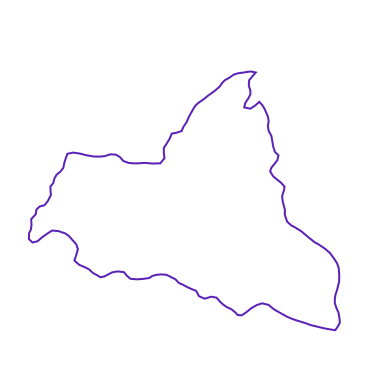 Leme do Prado, Minas Gerais, Brazil (orthographic projection), rotated 275°
{"feature_id": "56859067B57249042092490", "entity_name": "Leme do Prado", "entity_type": "district", "adm_level": 2, "iso_a3": "BRA", "parent_name": "Brazil", "parent_adm1": "Minas Gerais", "projection": "orthographic", "projection_center": [-42.742, -17.063], "detail": "fine", "context": "isolated", "style": "outline", "palette": "violet", "viewbox_px": 384, "rotation_deg": 275, "n_neighbors": 0, "source": "geoboundaries", "source_scale": "gbopen_adm2", "svg_char_len": 2517}
<svg xmlns="http://www.w3.org/2000/svg" viewBox="0 0 384 384"><g transform="rotate(275 192 192)"><path d="M103.0,134.3L100.2,138.2L100.2,144.8L101.2,151.0L102.6,157.0L105.0,159.9L106.4,163.9L107.2,168.2L107.3,173.8L105.0,179.6L103.6,183.1L100.3,186.8L98.6,191.6L97.0,195.3L95.3,199.9L93.9,204.7L88.8,208.1L86.8,214.0L89.4,220.2L88.9,225.6L85.0,229.7L82.5,233.0L80.6,236.3L78.5,241.7L75.9,245.5L73.4,248.3L73.5,252.3L77.1,256.8L81.1,260.8L85.0,266.3L87.2,271.6L86.2,278.2L83.2,282.4L81.3,285.9L79.7,289.4L77.9,293.4L75.9,297.9L74.5,302.2L73.4,306.5L72.4,311.1L71.1,317.1L69.8,321.7L69.2,325.8L68.4,330.8L67.7,335.6L67.2,341.1L66.8,346.7L70.0,348.6L74.7,350.7L79.6,349.8L84.7,348.4L89.2,345.9L93.9,343.9L99.1,343.6L102.8,344.0L106.4,344.9L111.2,345.7L115.5,346.4L122.3,345.9L129.0,344.8L133.5,342.8L137.8,339.5L142.9,335.1L146.8,329.9L148.9,326.2L151.1,322.2L152.6,318.6L154.7,315.5L156.9,312.1L159.8,308.0L162.2,304.6L164.0,301.2L165.8,297.6L167.4,293.7L170.7,289.4L177.2,286.5L182.2,286.1L186.1,284.8L190.1,283.3L195.7,282.1L201.8,283.5L205.4,283.7L209.1,279.8L211.9,275.5L214.9,271.3L219.4,268.0L223.4,269.1L226.5,271.3L231.1,274.2L236.1,274.9L239.2,271.1L244.7,268.8L249.5,267.6L254.8,266.2L259.6,263.0L264.4,261.8L269.3,262.2L273.3,261.2L277.0,259.3L281.1,257.1L284.5,254.6L287.7,251.2L283.9,247.7L280.1,242.9L280.8,236.7L285.1,237.2L290.1,239.9L294.4,241.7L298.0,241.3L303.0,239.3L308.3,239.2L312.6,242.1L316.6,245.1L317.2,240.4L316.5,236.7L315.5,232.9L314.4,227.9L312.8,223.7L309.1,219.2L306.1,214.8L303.0,212.4L299.4,210.3L295.2,206.3L291.9,202.6L289.5,199.7L285.3,195.4L282.0,191.4L279.4,188.7L276.1,186.6L271.9,184.7L266.0,182.1L261.2,180.6L256.6,178.0L251.8,176.3L249.5,170.9L248.4,166.7L243.6,165.3L237.9,162.5L233.5,160.1L228.8,160.5L223.2,161.6L217.8,157.9L216.9,150.0L216.9,142.5L215.9,136.3L215.4,130.9L215.5,126.0L216.9,121.0L220.6,117.0L222.6,112.8L222.4,107.3L220.0,101.5L219.2,96.9L218.8,91.0L219.5,82.7L220.5,77.1L220.9,70.3L219.2,64.5L214.9,63.4L210.7,62.4L204.8,61.7L200.8,59.1L197.6,55.7L193.7,53.8L188.7,53.0L185.2,50.5L181.2,50.9L176.7,51.7L170.3,49.1L166.0,46.2L164.2,41.4L161.0,38.6L156.3,38.3L150.9,34.2L144.8,35.0L140.7,34.8L136.8,33.3L130.9,33.6L127.8,37.5L129.5,42.5L133.6,46.4L137.7,51.2L141.4,55.9L141.4,62.4L139.7,69.4L137.3,73.4L134.1,76.7L129.9,81.2L125.2,83.3L119.2,82.2L113.5,80.8L109.6,86.0L107.8,91.6L105.9,96.3L102.8,100.2L100.8,104.7L99.1,108.3L100.2,112.0L102.5,115.6L105.0,119.5L106.4,124.7L106.2,131.3L103.0,134.3Z" fill="none" stroke="#5b21b6" stroke-width="2"/></g></svg>